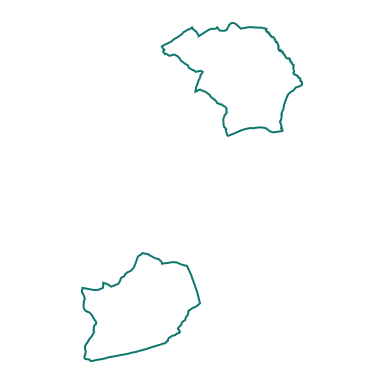 the district of Awutu Senya East, Central, Ghana
{"feature_id": "2480657B20036139360918", "entity_name": "Awutu Senya East", "entity_type": "district", "adm_level": 2, "iso_a3": "GHA", "parent_name": "Ghana", "parent_adm1": "Central", "projection": "albers", "projection_center": [-0.477, 5.487], "detail": "fine", "context": "isolated", "style": "outline", "palette": "teal", "viewbox_px": 384, "rotation_deg": 0, "n_neighbors": 0, "source": "geoboundaries", "source_scale": "gbopen_adm2", "svg_char_len": 5802}
<svg xmlns="http://www.w3.org/2000/svg" viewBox="0 0 384 384"><path d="M195.3,91.7L196.0,91.6L197.4,90.6L199.9,89.5L200.2,89.8L201.2,90.3L202.3,90.6L203.9,91.2L206.3,92.3L207.3,93.2L208.3,93.9L209.4,94.5L210.3,96.1L212.0,97.9L214.2,99.3L215.9,101.0L217.3,103.2L217.9,103.4L218.7,103.4L219.7,104.2L220.8,104.5L221.9,104.4L223.6,106.1L225.0,106.6L226.5,108.4L226.6,110.2L226.4,111.1L226.7,112.5L226.2,113.6L224.8,114.9L223.3,119.1L223.5,123.9L223.9,126.5L226.3,129.1L225.7,129.7L225.7,130.2L227.3,135.1L227.6,135.6L228.3,135.8L231.6,134.4L233.4,133.8L240.6,130.6L243.8,129.5L247.2,128.6L250.2,128.1L253.6,128.2L255.7,127.8L261.1,127.3L265.9,128.2L270.2,131.5L273.6,132.4L282.3,131.0L282.0,130.2L282.3,129.9L282.2,129.7L282.3,129.2L281.4,128.8L281.1,128.5L280.9,128.3L281.1,127.6L281.6,127.3L281.7,126.9L281.5,126.6L281.6,126.3L280.3,122.8L280.5,122.5L279.9,121.4L281.0,120.3L281.3,118.3L281.3,117.9L281.6,117.0L281.5,116.2L281.8,115.4L281.4,114.6L281.8,114.2L281.6,113.2L282.2,111.6L282.8,110.5L283.4,109.0L283.6,108.3L283.5,107.7L283.7,106.9L284.2,105.8L284.0,105.4L284.0,104.9L285.2,101.5L287.0,96.8L287.3,96.4L287.6,95.4L288.6,93.9L291.2,91.6L291.8,91.3L292.6,91.1L293.2,90.7L295.8,87.5L300.3,86.0L301.9,84.7L302.1,82.5L302.0,82.1L301.4,81.9L301.1,81.3L300.5,81.1L300.4,80.8L300.6,80.3L300.2,79.9L300.3,79.1L300.1,78.3L299.6,78.0L299.0,78.0L298.7,77.5L298.3,77.4L298.0,77.1L297.9,76.6L297.6,76.3L297.8,76.0L297.7,75.9L297.1,75.8L296.6,75.3L295.8,75.0L295.4,74.6L294.8,74.6L293.6,73.9L293.4,72.6L294.1,71.8L294.0,71.0L293.6,69.8L293.5,69.0L293.3,68.2L293.4,67.6L293.3,66.8L293.6,66.2L293.8,65.4L293.8,65.2L293.5,65.2L292.1,63.9L292.2,63.5L291.4,62.8L291.5,62.3L291.4,61.9L290.3,61.5L290.2,61.2L290.4,61.0L290.0,59.2L289.4,59.0L289.5,58.5L289.2,58.3L288.4,58.4L287.9,58.3L287.7,58.4L287.4,58.5L286.8,58.3L286.5,58.0L286.2,57.9L285.2,56.3L284.7,55.4L284.7,54.9L284.4,54.6L283.8,54.4L283.6,54.2L283.5,53.6L283.1,53.2L283.1,52.5L282.6,52.5L282.7,52.0L282.6,51.8L282.3,51.6L281.7,50.9L281.2,50.9L280.9,51.1L280.7,50.7L280.3,50.6L280.3,50.3L280.2,50.1L279.8,50.6L279.6,50.8L278.9,50.3L278.2,47.8L278.3,47.3L278.6,47.0L278.7,46.6L278.5,45.7L278.0,45.3L278.0,44.5L277.7,43.8L277.4,43.6L276.9,42.0L275.9,42.0L275.8,41.2L275.6,40.9L275.2,40.7L275.1,39.9L274.9,39.6L275.0,39.3L273.5,37.2L272.3,37.2L272.1,36.8L271.2,36.6L271.1,36.4L271.2,36.2L271.1,35.9L270.9,35.6L270.2,35.3L270.0,34.8L269.8,34.5L268.8,33.6L268.9,33.4L269.2,33.5L269.3,33.3L268.5,32.2L268.2,32.0L267.3,32.2L266.5,31.5L265.9,30.4L266.3,30.1L266.2,29.7L266.5,29.4L266.5,28.8L264.1,28.3L263.2,28.2L262.1,27.7L255.4,27.5L249.6,27.1L246.9,27.5L240.9,28.6L236.0,24.2L234.3,23.2L232.3,23.0L230.7,23.4L229.3,24.8L226.8,29.7L225.0,30.7L221.7,30.8L219.5,30.4L217.2,27.3L215.9,28.6L214.2,28.9L212.9,28.8L212.0,29.0L211.0,28.9L208.2,30.1L198.6,36.3L198.5,35.3L197.7,33.9L195.9,31.2L194.9,30.8L193.8,29.5L192.6,29.0L192.0,27.4L191.6,27.7L190.2,28.8L188.9,29.5L187.4,29.7L185.5,31.3L184.8,31.4L183.3,32.3L182.8,33.2L181.0,34.9L177.1,37.5L176.0,38.0L173.4,39.6L171.7,41.3L168.0,43.3L164.9,44.6L161.8,46.5L162.9,48.4L164.4,49.8L163.0,51.5L164.9,54.1L165.8,53.7L169.5,55.8L172.1,55.2L172.9,54.7L173.8,54.6L175.5,55.1L176.0,55.5L177.2,56.0L179.3,58.0L180.3,59.6L180.9,60.2L181.3,61.2L182.5,61.7L184.8,63.6L188.1,65.5L188.6,67.6L189.7,68.4L190.4,68.6L191.4,69.4L194.3,70.6L195.6,71.8L196.6,71.7L199.7,71.0L200.9,70.9L202.6,71.8L202.4,72.9L200.6,74.9L200.3,76.8L199.9,77.7L199.7,78.5L198.6,80.3L197.5,84.0L197.0,85.0L196.3,86.7L195.3,91.7ZM200.0,303.3L197.2,292.1L191.1,274.9L187.0,265.9L183.5,265.1L180.5,264.2L178.1,263.0L176.9,262.5L173.3,262.1L161.9,263.7L161.6,262.0L161.2,261.3L159.9,260.4L158.5,258.9L156.0,258.6L154.1,257.7L150.3,255.6L149.5,255.3L148.6,254.3L142.3,253.1L141.0,254.6L139.5,255.4L138.2,256.4L137.7,257.0L136.9,259.6L135.2,264.2L133.9,267.2L133.1,268.4L132.4,269.3L130.8,270.8L130.4,271.1L128.9,271.7L127.2,272.5L126.1,273.3L124.8,274.9L124.5,275.6L123.8,276.5L123.0,276.9L122.0,277.2L121.3,277.7L120.6,278.9L120.6,279.4L120.0,281.0L118.6,283.4L118.5,283.7L111.2,286.7L109.3,285.3L107.4,284.2L105.8,283.6L103.3,282.8L103.2,286.8L102.8,288.0L99.6,289.2L98.2,289.9L96.9,290.1L93.4,289.9L82.5,287.9L82.3,289.3L81.9,290.9L81.9,291.8L84.1,296.2L84.6,298.0L84.7,299.5L84.4,300.1L83.9,301.0L83.8,301.3L83.9,302.3L83.8,304.2L83.5,304.9L83.5,305.8L83.8,308.3L85.4,310.7L85.7,310.9L86.1,311.2L87.0,311.3L87.7,312.0L88.0,312.1L88.8,312.1L89.4,312.4L90.6,313.7L91.5,314.6L92.0,315.3L93.4,318.0L96.2,322.0L96.0,324.0L95.3,324.5L94.6,325.2L94.1,326.0L93.7,326.9L93.8,327.1L93.9,327.9L93.5,330.1L94.1,331.7L93.9,332.4L91.4,336.8L90.0,338.3L89.0,339.7L88.7,340.4L87.8,341.7L87.6,342.5L87.0,343.0L86.6,343.6L86.2,343.9L85.3,345.6L85.0,346.3L85.1,349.2L85.3,350.1L85.7,351.0L85.8,351.8L85.3,353.3L85.4,354.6L85.2,355.0L84.8,355.4L84.4,356.5L84.3,357.0L84.6,358.4L85.3,358.9L86.8,359.2L89.5,359.5L90.2,360.8L91.9,361.0L98.3,359.6L102.2,359.1L103.9,358.6L104.6,358.6L106.9,357.8L110.9,356.8L112.8,356.6L128.1,353.7L132.1,352.6L134.8,352.2L147.0,348.8L148.8,348.0L149.4,348.0L153.1,346.7L154.1,346.5L160.1,344.7L162.4,343.8L165.1,343.3L165.5,343.0L165.7,342.7L166.2,342.4L166.6,341.5L167.9,340.9L168.0,340.5L168.0,339.5L168.3,338.7L168.9,338.1L169.9,337.6L170.4,336.8L170.8,336.6L171.4,336.4L172.2,335.9L173.5,335.5L174.3,335.3L175.4,335.1L175.6,334.7L175.9,334.4L176.7,333.7L178.2,333.2L179.1,333.1L179.4,332.8L179.8,332.2L179.3,331.9L179.5,330.7L178.9,330.0L178.3,329.4L178.0,329.1L177.9,328.8L177.9,328.4L179.3,326.7L181.0,325.1L181.4,324.6L181.5,324.2L181.5,323.7L181.7,322.8L181.9,322.5L184.2,320.5L185.1,320.2L185.3,319.9L185.3,319.1L186.0,317.4L186.1,316.9L186.4,316.4L187.6,315.3L187.8,314.5L188.1,314.0L188.0,313.4L188.5,311.8L188.4,310.9L188.7,310.6L191.3,309.0L192.3,308.3L196.5,306.3L200.0,303.3Z" fill="none" stroke="#0f766e" stroke-width="2"/></svg>